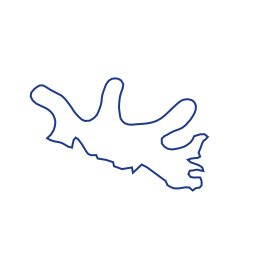 outline of Alto Bela Vista, Santa Catarina, Brazil, rotated 137°
{"feature_id": "56859067B70732496229175", "entity_name": "Alto Bela Vista", "entity_type": "district", "adm_level": 2, "iso_a3": "BRA", "parent_name": "Brazil", "parent_adm1": "Santa Catarina", "projection": "albers", "projection_center": [-51.932, -27.427], "detail": "fine", "context": "isolated", "style": "outline", "palette": "blue", "viewbox_px": 256, "rotation_deg": 137, "n_neighbors": 0, "source": "geoboundaries", "source_scale": "gbopen_adm2", "svg_char_len": 2240}
<svg xmlns="http://www.w3.org/2000/svg" viewBox="0 0 256 256"><g transform="rotate(137 128 128)"><path d="M123.3,38.2L119.4,37.7L116.3,35.6L113.4,35.8L110.5,38.8L108.9,42.5L110.9,44.5L113.3,46.5L115.6,49.4L115.3,53.1L112.0,54.6L109.3,52.6L105.9,50.5L104.3,48.0L102.2,45.2L100.6,48.6L101.7,52.9L103.7,56.6L105.6,60.3L105.9,64.0L103.1,62.8L99.5,60.3L97.4,58.6L94.7,57.9L93.2,61.8L88.4,64.0L84.6,66.0L81.7,67.1L79.0,66.8L75.7,67.1L76.2,71.1L79.3,74.0L85.2,76.9L88.7,75.5L92.1,74.9L96.2,75.2L99.7,76.1L102.9,77.5L106.7,79.7L110.6,82.4L113.3,86.2L114.1,89.8L113.8,93.6L110.6,97.2L106.7,97.2L103.5,96.2L100.9,95.7L96.5,94.4L91.4,92.2L87.9,91.1L83.7,90.8L79.4,91.2L76.4,91.5L72.1,92.6L68.8,93.7L66.1,95.2L63.2,97.9L61.9,101.6L62.3,104.8L64.5,108.2L67.3,110.3L69.8,111.5L72.5,112.0L75.9,112.2L80.0,112.2L82.9,112.2L86.6,112.1L92.8,112.1L97.7,112.6L102.8,113.9L106.0,115.4L109.0,117.1L111.7,118.9L114.9,121.4L118.9,124.7L123.2,128.0L125.5,130.6L127.1,133.6L127.4,136.5L127.0,139.9L125.1,142.9L123.3,145.5L121.0,148.7L117.6,152.1L114.9,154.5L112.1,156.7L108.9,158.6L104.8,160.7L101.5,163.3L100.6,167.6L101.8,171.0L103.7,173.2L106.5,175.1L110.1,175.7L114.4,174.8L117.7,173.2L120.9,171.6L124.1,169.8L127.0,167.5L129.8,165.0L132.0,163.5L134.9,161.9L138.3,160.2L141.2,159.0L143.9,158.6L146.8,158.6L151.0,159.5L154.7,162.5L156.0,165.6L156.4,169.4L156.4,173.6L156.1,177.5L155.3,181.7L154.9,184.7L154.5,188.2L154.2,192.4L154.6,197.4L156.0,201.2L157.1,204.4L158.3,207.6L159.3,211.2L160.1,214.4L161.2,217.2L163.5,219.3L167.0,220.2L170.3,220.4L174.8,219.8L177.7,217.4L178.9,213.3L178.5,208.6L177.2,205.1L175.9,201.8L174.7,199.0L173.7,195.2L173.4,191.8L173.8,188.4L174.9,185.4L176.6,182.5L178.5,180.6L180.8,178.8L183.9,177.1L189.1,175.7L194.1,175.7L193.2,172.5L191.1,168.7L188.0,164.5L186.6,162.2L185.4,158.5L184.4,155.0L182.3,151.8L179.8,153.7L176.1,156.2L172.9,156.7L172.1,153.7L172.5,150.3L172.8,147.2L173.6,143.8L174.5,139.3L174.8,136.2L173.5,133.2L169.7,129.8L171.0,126.4L165.9,119.8L163.6,115.7L162.2,113.1L164.3,109.6L160.4,102.0L152.0,96.5L154.9,91.9L150.4,91.9L142.9,91.9L140.9,86.2L136.6,63.5L138.1,59.4L137.1,55.7L135.5,52.5L133.4,50.4L130.8,48.3L128.4,46.8L126.0,45.1L123.8,42.7L123.3,38.2Z" fill="none" stroke="#1e3a8a" stroke-width="2"/></g></svg>